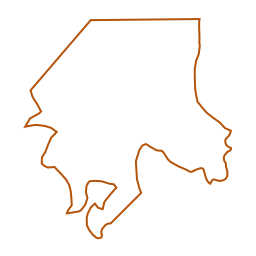 En Pois Doux/Babonneau, Castries, Saint Lucia, rotated 88°
{"feature_id": "8701671B38196244900111", "entity_name": "En Pois Doux/Babonneau", "entity_type": "district", "adm_level": 2, "iso_a3": "LCA", "parent_name": "Saint Lucia", "parent_adm1": "Castries", "projection": "mercator", "projection_center": [-60.937, 13.989], "detail": "fine", "context": "isolated", "style": "outline", "palette": "amber", "viewbox_px": 256, "rotation_deg": 88, "n_neighbors": 0, "source": "geoboundaries", "source_scale": "gbopen_adm2", "svg_char_len": 5536}
<svg xmlns="http://www.w3.org/2000/svg" viewBox="0 0 256 256"><g transform="rotate(88 128 128)"><path d="M152.8,25.8L152.5,25.7L152.2,25.7L151.8,25.7L151.5,25.9L151.4,26.1L151.3,26.4L151.0,27.1L150.7,27.6L150.5,28.0L149.8,28.9L149.6,29.1L149.5,29.3L149.1,29.7L148.8,30.0L148.5,30.2L148.2,30.4L147.9,30.6L147.5,30.7L147.1,30.9L146.7,31.0L146.4,31.1L146.0,31.2L145.8,31.2L145.4,31.2L145.1,31.2L144.1,31.2L143.7,31.2L143.4,31.1L143.1,30.9L142.9,30.8L142.7,30.7L142.3,30.5L142.1,30.4L141.9,30.2L141.6,29.9L141.0,29.3L140.8,29.0L140.3,28.5L140.1,28.3L139.9,28.1L139.6,27.8L139.3,27.5L139.0,27.3L138.4,26.9L138.1,26.7L137.6,26.5L137.5,26.4L136.5,26.0L136.1,25.9L135.8,25.7L135.6,25.7L135.1,25.6L134.3,25.3L133.3,27.3L131.5,31.1L125.6,36.2L121.5,41.6L115.7,48.6L111.0,52.5L104.2,57.6L97.1,58.8L91.5,59.5L78.5,59.5L71.4,59.2L63.3,57.6L56.5,54.7L48.5,53.4L44.4,53.7L40.1,53.4L29.9,53.4L23.4,53.1L21.6,52.7L18.9,161.5L87.0,224.1L92.6,222.6L94.7,221.7L101.4,217.7L108.4,214.3L110.4,216.5L115.0,225.6L123.1,230.7L121.9,223.0L121.8,218.6L123.1,210.7L125.3,204.6L129.5,199.4L135.0,205.1L141.4,208.2L149.3,211.6L154.4,215.1L160.6,215.4L163.0,212.8L164.7,209.5L164.4,202.7L166.2,201.3L171.5,196.5L177.5,191.6L183.7,188.5L189.7,187.4L197.1,187.0L203.2,186.9L207.9,190.6L211.1,192.1L211.1,190.9L210.8,188.8L210.4,185.4L209.5,179.4L208.0,177.3L203.0,173.3L196.5,171.0L190.6,172.3L184.6,171.5L181.3,169.7L179.8,167.9L179.7,162.3L180.4,156.0L182.9,148.8L183.8,144.1L187.2,141.7L193.0,147.3L201.0,154.2L208.2,156.1L206.7,160.7L202.4,163.7L206.0,167.9L212.3,171.3L216.5,172.4L223.6,172.5L228.2,170.6L233.8,166.7L234.1,166.3L234.2,166.1L234.3,166.0L234.6,165.6L235.2,164.9L235.8,164.3L236.2,163.8L236.3,163.7L236.5,163.4L236.6,163.1L236.8,162.7L237.0,162.4L237.0,162.1L237.1,161.8L237.1,161.6L237.1,161.3L237.1,160.6L237.0,160.1L236.9,159.7L236.8,159.4L236.7,159.1L236.5,158.8L236.3,158.5L236.1,158.3L235.8,158.2L235.4,158.0L235.1,157.9L234.5,157.8L234.3,157.8L234.0,157.8L233.8,157.8L233.5,157.9L232.8,158.1L232.7,158.2L232.1,158.3L231.0,158.3L230.8,158.3L230.4,158.2L229.6,157.9L228.7,157.6L228.3,157.5L227.8,157.2L227.6,157.0L227.3,156.7L226.9,156.3L225.9,155.4L225.6,155.2L225.2,154.9L224.6,154.3L224.2,153.9L223.8,153.3L223.4,152.5L223.3,152.2L223.2,151.9L223.1,151.7L222.8,150.6L222.8,150.1L222.7,149.5L222.7,149.2L222.8,148.7L193.3,117.1L188.8,118.7L179.7,120.8L169.9,121.1L161.5,121.3L150.4,117.4L146.0,114.2L144.7,110.9L144.8,110.7L144.9,110.2L145.0,110.1L145.1,109.8L145.3,109.5L145.7,109.0L145.8,108.8L146.3,108.1L147.3,106.7L147.6,106.3L147.8,106.0L148.8,104.4L149.0,104.1L149.2,103.8L149.4,103.4L149.6,103.0L149.8,102.5L150.0,102.3L150.3,101.9L150.6,101.6L150.9,101.0L151.0,100.8L151.1,100.5L151.2,100.3L151.3,100.0L151.4,99.2L151.5,99.0L151.6,98.3L151.7,97.8L151.7,97.6L151.8,96.8L151.8,96.5L151.9,95.8L152.0,95.6L152.1,95.3L152.1,95.2L152.3,94.9L152.5,94.5L152.8,94.2L153.1,93.9L153.3,93.8L154.2,93.1L154.6,92.8L154.9,92.6L155.3,92.4L155.9,92.1L156.4,91.8L156.8,91.5L157.5,91.0L157.9,90.8L158.5,90.5L159.0,90.3L159.1,90.2L159.3,90.1L159.5,89.9L159.9,89.7L160.3,89.4L160.7,89.2L160.8,89.0L161.1,88.8L161.3,88.7L161.8,88.1L162.6,87.4L163.2,86.9L163.3,86.7L163.7,86.1L164.2,85.3L164.9,84.1L165.7,82.9L165.8,82.8L166.2,82.1L166.4,81.7L166.5,81.5L167.2,80.3L167.3,80.2L167.6,79.7L168.0,79.1L168.1,78.9L168.4,78.3L168.6,78.0L168.8,77.5L168.9,77.2L169.0,76.8L169.3,76.3L169.7,75.4L169.8,75.2L170.4,74.0L170.5,73.7L170.8,73.0L171.2,72.3L171.3,72.1L171.6,71.5L171.8,71.1L172.1,70.5L172.4,70.0L172.6,69.8L173.3,68.7L173.5,68.4L173.5,68.2L173.7,67.8L173.9,67.2L174.0,66.7L174.0,66.3L174.0,66.1L173.9,65.8L173.9,65.6L173.7,64.8L173.3,64.2L172.9,63.3L172.6,62.8L172.4,62.5L172.3,62.1L172.1,61.6L171.9,61.1L171.7,60.3L171.5,59.6L171.3,59.0L170.9,57.9L170.8,57.2L170.7,56.8L170.7,56.3L170.7,56.1L170.7,55.9L170.8,55.7L170.9,55.4L171.0,55.1L171.0,54.9L171.3,54.5L171.4,54.4L171.6,54.3L171.9,54.1L172.0,54.0L172.3,53.9L172.9,53.7L173.4,53.6L174.0,53.5L174.6,53.4L175.4,53.2L175.6,53.2L175.8,53.1L176.1,53.0L177.1,52.8L177.4,52.7L178.7,52.4L179.0,52.3L179.4,52.2L179.6,52.1L180.3,51.9L180.9,51.7L181.3,51.6L181.6,51.4L182.1,51.2L182.3,51.1L182.5,51.0L182.8,50.9L183.0,50.8L183.2,50.7L183.8,50.4L184.3,50.0L184.6,49.9L184.9,49.6L185.1,49.4L186.1,48.6L186.5,47.6L186.2,47.5L185.6,47.3L185.3,47.1L185.1,47.0L184.8,46.9L184.6,46.7L184.2,46.4L183.3,45.7L182.9,45.3L182.7,45.1L182.5,44.8L182.4,44.4L182.4,44.0L182.4,43.9L182.5,43.6L182.7,42.8L182.8,42.6L183.0,41.8L183.1,41.7L183.2,41.3L183.5,40.7L183.6,40.2L183.8,39.8L183.9,39.5L184.0,38.9L184.0,38.1L184.0,37.6L184.0,37.1L183.9,36.7L183.9,36.3L183.8,35.7L183.7,35.5L183.6,35.0L183.5,34.7L183.4,34.5L183.1,33.8L182.7,33.2L182.5,32.8L182.4,32.7L182.2,32.4L182.0,32.1L181.7,31.9L181.4,31.6L181.2,31.4L180.7,31.1L180.1,30.8L179.8,30.6L179.6,30.6L179.4,30.5L179.1,30.4L178.8,30.4L178.1,30.3L177.8,30.3L177.4,30.3L176.8,30.2L175.3,30.3L174.9,30.3L174.6,30.3L174.1,30.4L173.3,30.6L172.3,30.8L171.9,30.9L171.6,31.0L170.9,31.3L170.6,31.4L170.2,31.4L169.9,31.5L169.7,31.5L169.4,31.5L169.2,31.5L168.8,31.4L168.4,31.4L167.9,31.4L167.6,31.4L167.0,31.5L166.8,31.6L166.4,31.8L166.0,31.9L164.8,32.6L164.1,32.9L163.9,33.0L163.7,33.0L163.2,33.1L162.5,33.2L162.2,33.3L161.6,33.3L161.2,33.3L160.9,33.2L160.2,33.1L159.9,33.0L159.6,32.9L159.2,32.7L158.6,32.4L158.3,32.2L158.0,31.9L157.5,31.4L157.3,31.2L157.1,31.0L156.8,30.7L156.5,30.5L156.3,30.3L155.7,29.9L155.5,29.7L155.4,29.5L155.3,29.4L155.1,28.9L154.9,28.4L154.3,27.3L154.0,26.8L153.9,26.6L153.5,26.3L153.0,25.9L152.8,25.8Z" fill="none" stroke="#b45309" stroke-width="2"/></g></svg>